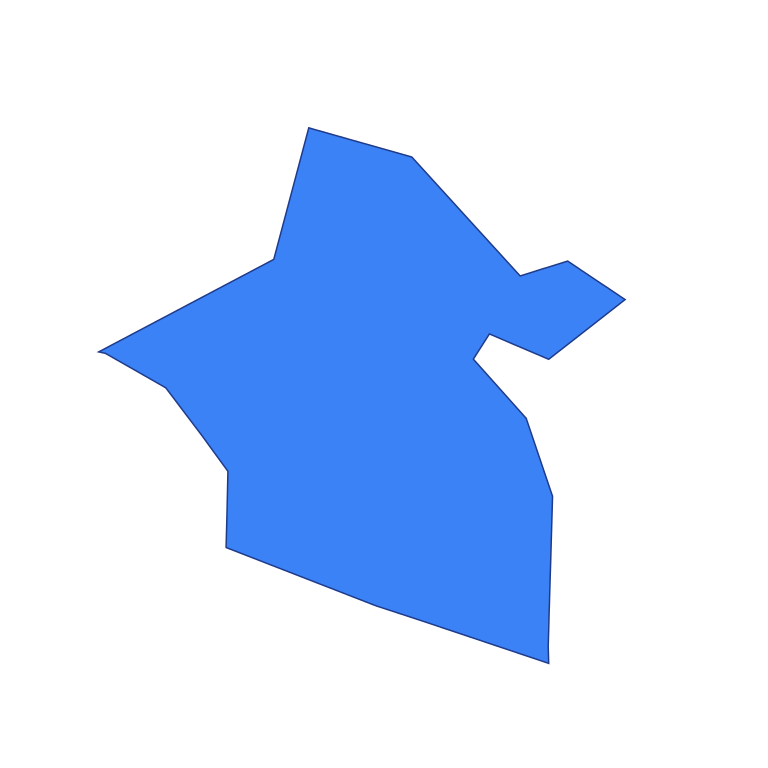 Asgat, Dzavhan, Mongolia, rotated 206°
{"feature_id": "93677404B85882553736113", "entity_name": "Asgat", "entity_type": "district", "adm_level": 2, "iso_a3": "MNG", "parent_name": "Mongolia", "parent_adm1": "Dzavhan", "projection": "robinson", "projection_center": [96.685, 49.51], "detail": "fine", "context": "isolated", "style": "filled", "palette": "blue", "viewbox_px": 768, "rotation_deg": 206, "n_neighbors": 0, "source": "geoboundaries", "source_scale": "gbopen_adm2", "svg_char_len": 1131}
<svg xmlns="http://www.w3.org/2000/svg" viewBox="0 0 768 768"><g transform="rotate(206 384 384)"><path d="M654.5,287.8L647.8,289.4L602.9,286.5L578.5,284.9L563.8,277.5L562.0,276.6L561.3,276.2L556.0,273.5L525.2,257.9L515.6,252.8L515.1,252.5L514.5,252.2L489.0,238.7L486.6,237.4L486.0,237.1L466.9,195.6L454.3,167.9L454.2,167.8L452.1,168.0L450.4,168.1L438.6,169.1L436.0,169.3L296.4,180.9L293.6,181.2L293.3,181.2L249.2,187.3L195.2,194.4L113.5,205.1L121.4,220.2L128.6,236.1L134.4,248.8L135.2,250.5L139.6,260.4L141.5,264.5L147.4,277.6L149.0,281.1L154.6,293.6L158.3,301.8L159.5,304.4L183.3,357.0L188.4,362.1L238.5,412.8L241.0,415.3L241.1,415.5L243.2,416.3L314.6,445.5L311.2,475.2L284.1,476.5L266.9,477.4L265.2,477.5L246.8,478.4L228.9,515.1L219.4,534.6L204.8,564.6L204.3,565.6L209.7,566.3L221.8,568.0L229.9,569.1L231.0,569.2L257.2,572.8L258.9,573.1L272.8,575.0L290.2,558.6L290.9,558.0L309.0,540.8L331.4,549.7L345.0,555.1L345.3,555.2L358.6,560.5L369.0,564.6L458.5,600.2L513.0,590.4L522.9,588.6L524.8,588.3L538.0,585.9L559.6,582.0L562.9,581.5L563.9,581.3L537.7,447.7L654.5,287.8Z" fill="#3b82f6" stroke="#1e3a8a" stroke-width="1.5"/></g></svg>